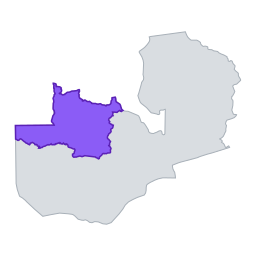 North-Western highlighted on a map of Zambia
{"feature_id": "ZMB-521", "entity_name": "North-Western", "entity_type": "Province", "adm_level": 1, "iso_a3": "ZMB", "parent_name": "Zambia", "parent_adm1": "", "projection": "albers", "projection_center": [25.141, -12.794], "detail": "fine", "context": "in_parent", "style": "filled", "palette": "violet", "viewbox_px": 256, "rotation_deg": 0, "n_neighbors": 0, "source": "natural_earth", "source_scale": "10m", "svg_char_len": 8964}
<svg xmlns="http://www.w3.org/2000/svg" viewBox="0 0 256 256"><path d="M175.5,178.0L162.9,177.8L158.3,178.8L154.5,180.3L149.9,182.6L147.3,184.3L146.6,185.2L146.2,187.3L146.1,190.5L145.6,192.9L144.3,195.0L137.4,197.4L132.9,199.5L128.5,201.9L125.2,205.1L122.9,209.0L119.1,213.9L111.2,222.6L106.7,224.2L102.9,223.8L98.3,221.9L94.7,221.6L92.0,222.7L89.5,222.3L87.2,220.5L85.3,219.8L83.7,220.3L81.8,220.2L78.1,219.2L75.0,216.1L73.3,214.8L72.0,214.3L68.2,213.8L59.6,213.1L50.7,214.7L42.8,216.3L34.8,209.4L27.0,202.1L25.3,200.3L22.4,197.9L20.3,196.7L19.5,196.1L17.3,189.5L16.1,183.5L15.4,125.5L51.1,125.2L53.4,124.9L53.4,124.3L51.8,121.2L51.9,120.1L52.3,118.0L53.8,113.8L53.9,112.4L53.2,107.8L53.3,105.2L53.6,100.1L53.4,98.3L54.2,96.0L54.5,94.4L54.8,93.8L54.4,92.0L53.7,85.9L53.2,83.3L55.4,83.7L56.1,84.9L56.5,86.3L57.5,86.4L60.1,87.2L61.0,88.3L61.6,90.8L61.2,92.0L60.4,93.1L61.2,94.0L62.9,94.6L63.9,94.4L66.8,92.7L69.5,92.1L70.8,91.6L76.8,90.5L77.9,89.9L78.8,89.9L79.4,90.4L78.8,92.1L78.6,93.7L79.4,96.6L79.9,98.0L81.2,99.0L82.1,99.5L83.1,100.6L85.1,100.4L89.6,101.9L91.0,102.6L92.9,103.3L94.3,103.5L99.0,104.1L103.9,104.9L106.5,105.0L108.3,104.8L109.6,104.4L110.3,103.9L110.7,103.5L112.6,98.0L113.6,97.6L114.8,97.3L115.5,97.8L116.3,101.3L119.8,104.5L121.0,107.2L121.9,109.5L122.6,110.1L124.0,110.9L126.2,111.2L128.1,111.3L137.6,115.3L138.7,116.0L139.8,118.1L140.5,120.4L141.3,122.3L142.5,122.6L143.6,122.8L144.7,124.1L145.5,125.2L148.3,129.8L148.6,131.6L150.0,132.9L151.8,133.4L153.6,133.5L154.6,133.0L157.0,132.1L158.9,131.0L160.3,130.7L161.2,130.9L161.8,131.7L162.2,134.0L163.5,134.8L164.5,134.5L164.9,133.6L164.9,133.1L165.3,109.3L164.5,109.4L163.3,110.1L160.8,110.1L159.8,110.6L159.5,111.4L159.7,112.4L159.7,113.7L159.3,114.3L158.2,114.6L156.6,114.0L153.7,113.3L151.2,112.8L149.5,111.0L147.2,108.3L145.7,106.9L142.0,104.0L141.3,103.5L140.2,102.1L139.3,99.9L138.4,97.3L137.9,95.6L138.8,93.1L141.1,84.9L141.7,82.3L143.5,79.7L143.7,77.4L143.0,74.4L143.2,72.7L143.6,63.2L143.1,60.2L141.9,56.9L139.2,52.3L139.3,51.3L143.5,48.3L144.8,47.2L147.0,44.8L148.5,42.8L149.5,41.1L149.8,39.0L149.2,36.9L150.6,36.5L185.4,31.8L185.9,33.3L186.9,35.6L188.0,37.4L189.5,38.9L190.7,39.9L191.5,40.2L196.9,40.2L198.8,41.2L200.4,42.4L200.8,44.2L201.9,45.4L203.0,46.3L203.5,46.4L204.4,46.2L205.8,46.2L207.2,46.6L207.8,47.1L207.8,48.6L208.2,49.3L210.0,49.6L211.8,49.7L213.6,50.8L215.5,51.1L217.7,51.5L218.7,52.7L221.0,53.9L223.9,55.0L227.0,56.7L227.0,57.3L227.5,58.3L228.1,59.0L228.1,60.0L228.3,61.0L229.1,61.3L229.8,61.4L230.4,60.7L231.3,60.7L232.2,61.2L232.5,62.3L233.2,63.8L234.3,64.9L235.1,65.9L234.7,67.7L234.2,69.3L235.7,71.0L237.7,72.6L238.3,73.3L238.4,75.6L238.7,76.4L240.0,78.4L240.6,79.7L240.6,80.4L236.7,84.1L234.4,84.6L233.3,85.3L232.7,86.1L234.1,89.9L234.8,91.4L234.1,93.2L232.5,96.1L231.8,96.4L231.6,98.7L232.1,99.6L232.8,100.2L233.0,101.8L232.8,105.7L231.8,110.1L233.3,114.0L233.9,114.4L236.2,114.5L236.6,114.8L236.0,115.9L234.3,117.6L231.3,118.8L227.0,120.1L226.1,121.5L225.5,123.5L225.9,124.7L226.5,125.4L226.2,127.1L225.8,129.0L225.9,130.5L225.6,131.8L225.1,132.4L224.3,134.3L223.3,136.3L222.5,137.1L221.5,138.0L219.7,138.8L219.8,139.2L221.6,140.1L222.1,140.8L222.3,141.2L221.5,142.2L222.3,142.8L223.4,143.3L224.3,144.7L225.4,147.2L225.6,147.4L226.0,147.5L226.6,147.2L227.8,146.3L228.7,145.9L229.6,147.4L211.8,153.0L207.6,154.1L201.3,156.1L199.3,156.8L197.6,157.6L181.1,162.0L178.5,162.8L172.6,165.1L172.4,165.5L172.5,166.7L172.9,168.9L173.9,171.0L174.7,172.3L175.2,175.3L175.5,178.0Z" fill="#d9dde1" stroke="#a8b0b8" stroke-width="1"/><path d="M15.6,139.1L15.4,125.5L54.1,125.1L53.8,124.4L53.5,123.8L53.1,123.2L52.0,122.2L51.6,121.6L51.5,121.0L51.6,120.2L52.0,119.3L52.7,116.5L52.9,115.9L54.4,113.7L54.5,113.4L54.6,113.0L54.4,112.1L54.3,110.9L54.1,110.4L53.6,109.9L53.2,109.3L53.1,108.4L53.3,103.2L53.7,102.2L53.8,102.0L53.7,101.5L53.6,100.0L53.1,98.8L53.1,98.3L53.2,97.9L53.5,97.1L54.0,96.3L54.1,96.1L54.1,95.3L54.1,94.8L54.3,94.5L54.9,94.1L55.1,93.8L55.1,93.6L54.2,91.7L54.1,91.2L54.2,88.4L53.8,88.3L53.7,88.0L53.8,87.3L53.8,86.2L54.0,85.5L53.9,85.2L53.5,84.6L53.4,84.3L53.3,83.3L53.9,83.3L54.8,83.5L55.6,83.8L56.1,84.2L56.0,84.9L56.2,85.7L56.2,86.4L56.3,86.6L57.1,86.5L57.4,86.5L58.5,86.7L59.6,86.8L60.0,87.0L60.6,87.3L61.0,87.7L61.3,88.1L61.2,88.4L60.9,88.7L60.9,89.0L61.0,89.2L61.5,89.7L61.6,90.0L61.6,90.5L61.5,91.3L60.7,92.6L60.5,92.8L59.7,93.1L59.4,93.3L59.6,93.6L59.9,93.8L61.1,93.8L61.5,94.1L62.1,94.7L62.5,94.9L63.0,94.9L63.4,94.8L64.2,94.5L64.8,94.5L64.9,94.3L65.1,93.9L65.4,93.6L66.2,93.3L66.9,92.5L67.7,92.2L69.1,92.2L69.9,92.0L71.3,91.3L72.1,91.0L72.8,91.1L75.6,90.8L76.7,90.6L78.6,89.7L79.2,89.6L79.4,89.8L79.5,91.3L78.7,91.8L79.1,92.3L78.9,92.7L78.6,93.1L78.6,93.5L78.7,93.9L79.3,95.0L79.0,95.5L78.9,95.7L79.0,96.3L79.5,97.9L79.8,98.4L80.0,98.5L80.6,98.5L81.0,99.0L82.1,99.5L82.5,99.8L82.5,100.1L82.3,100.6L82.4,100.9L82.7,101.0L83.1,101.0L83.5,100.7L84.0,100.6L84.1,100.2L84.3,100.1L85.2,100.1L85.8,100.5L86.4,101.1L87.2,101.5L87.5,101.6L88.6,101.6L88.8,101.6L89.4,101.3L89.6,101.4L90.8,102.4L91.2,102.6L91.5,102.8L91.7,103.4L92.1,103.5L95.6,103.5L96.1,103.7L96.8,104.1L97.5,104.1L97.9,104.3L98.2,104.3L99.0,103.9L99.7,103.8L100.4,103.7L100.9,103.9L101.8,104.7L102.5,104.9L104.1,105.1L104.8,105.2L105.5,105.7L105.8,105.8L106.2,105.8L106.5,105.5L106.7,105.1L107.0,104.9L108.4,105.0L109.2,104.8L110.0,104.4L110.7,103.7L111.0,103.0L111.1,101.4L111.3,100.6L112.1,99.6L112.1,99.1L111.9,98.2L111.9,97.9L112.2,97.6L113.0,97.6L113.7,97.4L114.5,97.3L115.2,97.1L115.5,97.6L115.7,98.5L115.8,99.4L115.7,100.1L116.2,101.8L119.8,104.1L120.6,105.6L120.7,106.4L121.6,109.1L121.9,109.6L123.0,110.4L122.1,111.0L121.7,111.2L121.4,111.5L121.1,111.4L120.6,111.3L120.5,111.2L120.6,110.9L119.8,110.4L119.6,110.5L118.9,111.0L118.5,111.1L118.1,111.5L117.5,111.9L117.2,112.3L116.9,112.4L114.5,112.1L113.7,112.2L112.6,112.1L112.9,113.2L112.9,113.8L112.7,114.2L112.6,114.6L112.9,115.4L113.1,115.7L112.9,115.8L112.1,115.9L111.8,116.1L110.5,117.7L110.2,117.9L109.7,117.9L109.4,118.1L109.0,118.6L108.8,119.5L108.6,120.0L108.9,120.5L109.1,120.8L109.7,121.5L109.8,121.6L109.7,121.9L109.2,122.7L109.2,122.9L109.3,123.1L109.8,123.4L110.2,123.7L110.7,124.0L111.0,124.2L111.5,124.2L111.7,124.3L111.9,124.7L112.1,124.8L112.3,125.1L113.0,125.1L113.3,125.2L112.8,127.5L112.7,127.8L112.4,128.2L111.1,129.0L110.8,129.3L110.7,130.0L110.8,130.3L111.0,130.7L111.1,131.3L111.0,131.8L110.5,132.4L110.1,132.6L109.7,133.4L108.8,133.8L108.6,134.1L108.3,135.2L107.8,135.7L107.5,136.6L107.4,137.8L107.6,138.5L107.9,138.8L108.9,139.5L109.2,139.9L109.4,140.4L109.6,140.7L110.4,141.2L110.5,141.3L110.5,141.7L109.9,142.7L109.7,143.1L109.6,143.6L109.6,145.0L109.3,145.2L108.8,145.4L108.7,145.6L108.8,145.7L109.5,146.2L109.7,146.3L110.6,147.6L110.9,148.2L111.0,148.6L110.9,149.0L110.4,149.8L110.5,152.2L110.4,152.5L109.9,152.9L107.6,153.0L107.3,153.1L106.6,153.6L106.3,153.7L104.7,153.5L104.4,153.7L104.3,153.8L104.0,153.8L103.5,153.5L103.1,153.5L102.8,153.7L102.4,154.0L101.6,155.3L100.4,156.2L99.6,157.1L99.4,157.5L99.3,158.5L98.6,158.8L98.4,158.9L98.2,158.8L97.8,158.3L97.0,157.9L96.5,157.8L96.0,157.6L95.6,157.0L85.0,155.7L84.4,155.7L83.7,156.2L83.2,156.2L82.4,156.6L81.6,156.6L81.3,156.4L80.7,156.2L79.2,156.1L78.6,156.4L77.8,156.5L76.8,156.9L76.1,157.1L75.0,157.0L74.1,157.2L73.7,157.2L73.3,156.9L72.6,156.0L72.5,155.6L72.6,155.0L72.5,154.2L73.8,153.5L74.2,153.0L74.3,152.1L74.4,151.6L74.8,150.9L74.9,150.4L74.9,149.6L74.8,149.3L74.4,148.9L73.6,149.0L73.4,149.0L70.9,147.8L69.5,147.5L68.4,147.1L68.0,146.5L68.0,145.7L67.8,145.0L66.8,144.0L66.7,143.9L66.3,144.1L66.2,144.3L66.1,144.7L65.9,144.7L65.9,144.1L65.5,144.0L65.4,144.0L65.5,144.4L65.3,144.5L64.9,144.4L64.7,144.4L64.5,144.0L64.1,143.8L63.5,143.1L63.2,143.4L63.0,143.5L63.2,143.8L62.4,143.8L62.2,144.0L61.9,143.7L61.6,143.9L61.4,143.9L60.5,143.6L60.4,143.5L60.4,143.2L60.3,142.9L60.1,142.7L59.9,142.6L59.8,142.8L59.7,143.0L59.9,143.4L59.9,143.5L59.4,143.5L58.6,142.9L58.4,142.9L57.9,143.2L57.6,143.4L57.1,143.4L56.9,143.7L56.6,143.9L56.3,143.9L56.0,143.7L55.8,143.7L55.7,143.9L55.5,144.3L55.4,144.4L55.1,144.1L54.5,144.7L54.0,144.8L53.8,144.8L53.2,144.5L52.4,144.8L51.8,144.6L51.4,144.6L51.1,144.5L51.0,144.3L51.0,143.9L50.8,144.0L50.3,144.5L49.7,144.7L49.1,145.0L48.7,145.0L48.4,144.7L48.1,144.6L47.8,144.7L47.1,145.1L46.4,145.3L45.4,146.0L43.4,146.5L42.9,146.8L42.1,147.5L41.9,147.6L41.3,147.5L40.9,147.6L40.4,148.0L40.1,148.2L39.4,148.2L39.5,147.9L39.4,147.6L38.6,147.9L38.7,147.5L39.4,146.4L39.2,146.3L37.8,146.1L37.5,146.0L37.3,145.9L37.1,145.6L37.0,144.7L36.6,144.5L36.2,144.5L35.6,144.7L35.3,144.8L35.1,144.8L34.9,144.6L34.8,144.1L34.4,143.6L32.7,142.6L32.2,142.4L31.3,143.0L30.3,143.1L30.2,143.3L29.9,144.5L29.5,144.8L29.3,144.7L28.8,144.4L28.1,144.2L27.8,143.7L27.6,143.5L27.3,143.5L27.1,143.3L26.3,143.2L25.8,142.9L25.5,142.4L24.2,141.6L21.4,139.2L20.7,138.9L20.4,138.8L20.2,138.8L19.8,139.4L19.4,139.7L19.2,140.0L18.5,140.3L18.2,140.4L17.6,140.3L16.5,139.4L15.9,139.2L15.6,139.1Z" fill="#8b5cf6" stroke="#5b21b6" stroke-width="1.5"/></svg>